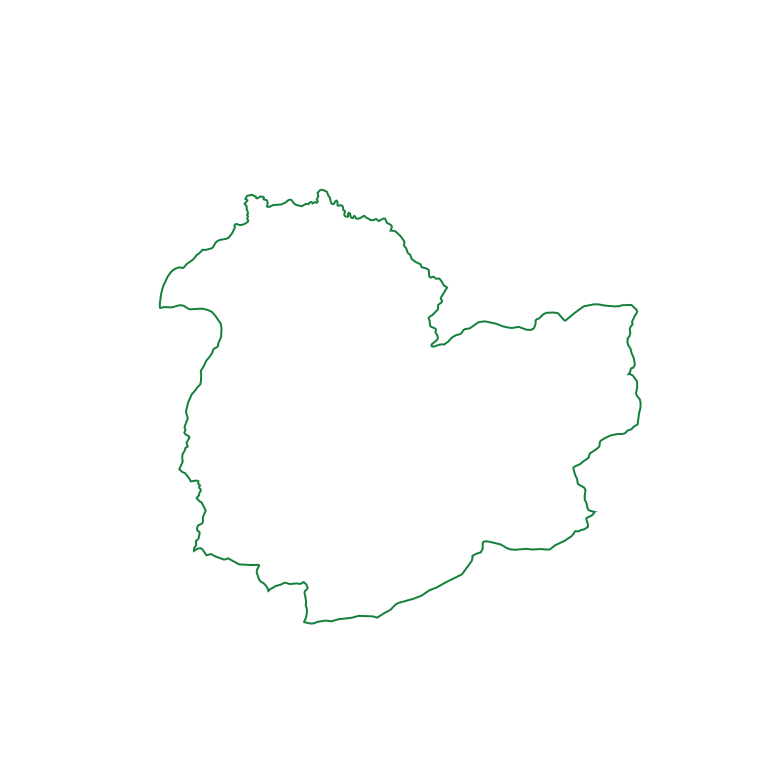 outline of Nocaima, Cundinamarca, Colombia, rotated 236°
{"feature_id": "7082276B65094191435566", "entity_name": "Nocaima", "entity_type": "district", "adm_level": 2, "iso_a3": "COL", "parent_name": "Colombia", "parent_adm1": "Cundinamarca", "projection": "robinson", "projection_center": [-74.369, 5.063], "detail": "fine", "context": "isolated", "style": "outline", "palette": "green", "viewbox_px": 768, "rotation_deg": 236, "n_neighbors": 0, "source": "geoboundaries", "source_scale": "gbopen_adm2", "svg_char_len": 6166}
<svg xmlns="http://www.w3.org/2000/svg" viewBox="0 0 768 768"><g transform="rotate(236 384 384)"><path d="M579.9,441.1L580.4,439.2L579.6,435.9L576.4,434.5L574.4,431.4L572.3,431.1L571.9,430.2L572.0,429.5L573.5,428.3L573.6,425.8L575.3,425.6L575.9,424.9L575.9,423.6L575.3,422.1L577.1,419.7L577.3,415.4L580.9,411.9L582.6,410.8L584.5,410.3L588.1,410.2L589.4,409.2L589.9,407.7L589.5,403.7L590.3,399.2L594.4,392.0L594.9,388.2L595.8,386.7L596.7,386.3L598.6,388.5L601.3,389.6L602.0,389.5L604.4,387.5L605.0,387.8L605.7,388.7L606.6,388.5L608.5,386.5L608.6,383.4L609.0,382.4L609.6,382.1L611.1,382.5L612.4,381.5L614.6,380.5L616.5,375.8L615.1,372.6L613.0,373.5L612.4,373.3L611.4,369.2L608.2,369.5L606.0,368.1L602.1,367.0L601.3,366.4L600.8,365.0L599.0,365.0L597.7,363.1L595.2,362.8L594.6,361.5L594.6,358.3L595.4,355.0L596.7,353.0L599.1,351.3L599.5,349.9L599.1,348.7L597.0,347.8L593.8,342.1L592.1,336.7L593.0,333.4L595.3,328.3L595.7,325.8L595.3,323.3L593.0,318.8L592.8,317.4L594.8,311.2L596.9,308.3L596.3,307.4L595.5,302.3L595.7,300.2L595.0,299.4L594.0,295.3L593.7,287.3L592.5,282.8L593.0,281.4L594.4,280.5L595.5,278.7L596.2,275.8L596.3,272.5L595.8,269.4L594.0,264.8L588.7,255.8L583.9,250.2L580.0,246.6L575.2,242.5L572.5,240.9L571.7,241.7L571.0,244.3L566.1,251.1L563.9,257.8L562.7,260.0L560.4,261.9L556.7,263.4L554.4,264.9L548.9,274.3L546.9,276.7L543.7,279.4L539.8,281.7L535.0,282.3L525.5,282.4L521.2,280.5L514.2,275.4L510.1,269.0L508.4,267.7L508.0,266.4L508.3,262.1L505.6,258.5L503.8,253.9L502.8,249.9L499.3,244.0L497.7,240.2L496.6,238.9L494.5,238.0L489.0,234.1L486.4,231.4L485.6,227.4L484.0,223.2L483.1,219.2L478.4,211.5L472.5,205.0L470.4,203.7L466.8,202.7L465.1,201.9L460.3,195.1L459.1,194.2L456.9,193.7L455.4,191.3L453.3,191.2L449.9,193.0L448.4,192.8L445.8,187.5L441.9,186.2L442.1,183.8L439.9,181.0L438.6,177.9L436.2,175.8L432.0,173.5L427.9,166.7L423.9,167.5L421.5,169.2L414.3,169.7L411.3,169.4L408.8,174.5L407.3,175.8L405.2,174.2L402.8,174.8L402.3,173.4L401.4,172.7L399.5,173.1L398.1,172.6L397.0,170.1L395.1,168.3L394.5,165.3L394.0,164.8L390.5,165.3L387.8,166.5L378.9,165.5L374.6,159.1L371.4,157.2L370.4,156.1L370.1,154.6L370.7,150.9L369.9,149.3L367.8,147.5L366.7,147.4L364.5,148.2L363.0,147.4L359.4,143.5L358.9,140.2L355.4,138.1L354.1,134.7L351.9,133.2L351.7,137.6L350.5,140.2L348.4,141.0L341.3,141.0L339.7,145.6L335.6,147.6L328.1,153.0L327.3,154.3L326.7,157.2L315.4,163.1L307.9,173.1L304.3,178.7L303.6,179.0L302.8,178.4L301.1,175.0L299.9,173.7L298.0,172.8L293.6,171.6L291.4,171.1L288.8,171.4L286.4,172.7L283.6,173.3L280.6,173.4L277.1,172.4L277.5,175.3L277.0,181.6L275.4,186.0L275.0,189.9L274.3,191.2L270.7,194.2L267.7,199.8L265.0,202.9L264.7,206.6L261.2,207.5L257.6,206.6L256.9,205.4L256.6,202.9L255.6,201.5L247.6,198.0L243.8,195.1L241.6,194.7L238.6,193.1L233.9,188.8L231.9,185.3L231.1,184.7L226.1,189.6L224.8,192.1L224.0,195.7L221.2,202.0L219.7,204.4L216.7,207.6L214.4,214.8L208.3,226.4L205.9,233.4L197.6,244.8L194.1,247.8L193.9,256.1L193.2,263.0L194.7,270.2L194.5,273.4L189.5,288.2L187.5,296.8L187.6,306.4L185.9,313.6L185.0,324.6L182.6,342.2L188.3,357.9L190.8,360.5L192.1,361.2L191.6,365.8L190.3,370.1L192.2,373.6L197.0,377.0L197.5,378.5L196.6,380.6L193.1,384.3L185.5,391.2L179.7,393.8L176.4,396.1L173.2,400.1L167.9,409.6L163.8,414.5L159.4,421.8L154.9,427.5L154.1,429.1L154.6,435.8L153.0,446.0L153.0,454.2L153.7,457.0L155.1,460.1L153.5,462.2L152.7,464.0L152.8,466.1L151.8,467.7L151.5,469.8L151.6,473.3L153.3,474.4L159.2,476.3L159.6,477.5L158.8,482.6L159.3,485.5L160.0,486.3L160.9,486.0L160.7,486.6L163.9,483.8L164.9,483.2L166.8,483.1L171.9,485.2L176.2,485.8L177.2,486.9L178.7,487.5L183.3,491.7L186.3,492.0L192.3,489.0L194.1,489.4L197.5,491.1L200.8,491.4L207.3,493.4L208.7,494.2L209.0,495.6L207.9,502.1L208.4,505.6L208.4,512.2L211.3,515.7L211.2,523.8L211.6,526.8L212.0,527.9L215.1,530.5L215.8,531.9L215.6,537.1L214.7,543.0L212.3,548.9L209.1,554.0L208.4,556.2L209.2,559.9L208.1,563.9L208.9,566.4L208.7,571.7L216.7,578.7L220.9,583.3L224.7,586.1L228.3,587.5L232.7,587.1L235.4,587.7L239.4,591.8L243.9,594.8L245.4,595.2L251.5,595.1L254.8,593.5L255.4,592.3L256.3,594.7L258.7,597.3L258.8,598.0L258.1,599.4L259.1,601.8L260.3,603.1L266.3,605.7L271.0,606.5L275.4,608.1L279.5,608.2L282.7,609.2L284.2,610.7L285.2,611.1L286.3,614.0L287.9,616.1L289.7,617.4L291.6,618.1L292.7,619.1L293.7,620.7L294.5,623.5L296.9,624.4L300.5,630.6L301.3,632.8L302.6,634.5L304.5,634.8L311.2,633.3L316.2,625.4L316.9,622.7L319.5,618.4L326.1,610.3L330.0,606.5L332.5,602.9L336.7,593.0L336.3,581.5L335.1,569.9L336.6,568.9L345.2,567.9L348.2,564.9L352.2,558.5L352.7,554.3L351.6,549.7L352.2,546.7L352.0,545.2L349.6,543.8L347.5,541.3L346.3,539.1L346.7,536.0L349.2,532.6L356.1,527.6L358.8,521.5L361.2,518.7L365.7,514.5L371.0,510.9L377.6,504.6L379.5,502.7L381.6,498.7L382.4,496.4L382.2,486.0L384.1,482.2L384.3,480.1L382.7,476.4L382.9,474.5L384.2,471.4L384.5,467.3L384.3,465.2L383.2,460.9L383.1,455.8L384.0,455.0L385.4,452.5L387.2,446.1L388.1,445.0L389.3,444.8L390.2,445.8L390.8,452.2L391.5,453.8L392.8,454.8L394.7,455.4L398.0,455.5L399.8,457.3L400.6,457.6L401.9,457.2L405.2,455.0L406.5,454.8L410.8,457.1L413.6,457.8L414.2,459.2L414.1,463.1L415.8,470.6L419.3,473.1L419.5,476.9L420.0,478.4L420.7,478.8L422.9,478.7L424.1,480.1L428.6,490.1L429.9,489.9L431.7,488.8L437.6,489.1L440.4,488.9L442.2,486.0L445.4,485.0L446.1,482.4L446.8,481.7L448.7,482.0L452.9,484.6L453.9,484.8L456.9,483.2L459.6,480.6L462.8,481.2L467.4,478.5L472.1,476.9L476.4,477.9L479.6,477.0L484.0,478.3L487.3,477.9L488.3,478.4L489.9,480.2L491.4,480.6L497.3,480.4L503.7,479.0L505.2,478.1L507.5,475.2L509.5,478.1L510.9,478.8L512.5,478.5L515.7,476.6L520.5,477.3L521.5,476.0L522.0,470.8L525.3,469.7L525.8,466.6L527.5,464.4L529.5,463.8L531.6,462.3L534.3,461.8L534.8,460.1L534.8,457.0L535.8,454.5L536.9,453.4L539.4,453.7L540.0,453.2L539.0,451.0L539.4,450.3L541.1,449.9L544.4,451.2L545.5,450.7L545.3,449.4L543.3,448.3L542.9,447.5L544.2,445.9L545.5,445.5L546.7,445.9L549.2,448.3L551.1,447.6L553.6,448.9L554.9,449.1L556.5,448.1L557.3,445.9L557.9,445.3L560.0,446.7L561.7,447.3L562.6,447.1L562.7,446.2L561.4,443.0L561.8,442.2L562.8,441.5L564.5,441.6L568.9,443.4L571.3,443.2L575.0,444.1L576.7,443.5L579.9,441.1Z" fill="none" stroke="#15803d" stroke-width="2"/></g></svg>